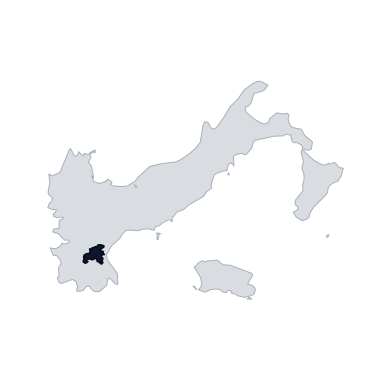 Alessandria on a map of Italy (orthographic projection), rotated 284°
{"feature_id": "ITA-5439", "entity_name": "Alessandria", "entity_type": "Province", "adm_level": 1, "iso_a3": "ITA", "parent_name": "Italy", "parent_adm1": "", "projection": "orthographic", "projection_center": [8.655, 44.843], "detail": "fine", "context": "in_parent", "style": "filled", "palette": "ink", "viewbox_px": 384, "rotation_deg": 284, "n_neighbors": 0, "source": "natural_earth", "source_scale": "10m", "svg_char_len": 6418}
<svg xmlns="http://www.w3.org/2000/svg" viewBox="0 0 384 384"><g transform="rotate(284 192 192)"><path d="M76.2,82.1L78.2,83.4L86.2,80.8L91.0,82.4L95.0,79.8L97.6,75.8L97.0,72.7L103.3,67.9L104.0,73.5L107.5,77.2L110.9,78.2L110.2,80.4L113.6,85.0L114.9,84.6L115.4,83.8L114.5,79.9L119.3,72.3L119.4,67.1L120.2,66.5L122.6,66.8L124.6,71.7L132.4,70.1L135.2,73.7L136.5,73.0L134.3,66.7L135.2,63.4L137.2,62.8L138.7,64.3L141.8,64.7L141.9,62.7L141.1,61.5L142.0,55.9L146.5,56.3L149.2,58.2L152.3,58.1L154.9,53.6L156.9,52.4L167.0,51.8L174.3,48.8L175.0,49.4L173.7,51.5L174.2,52.9L179.0,59.1L204.3,62.9L204.0,64.5L198.9,68.8L198.6,70.4L199.5,71.7L203.6,72.5L201.0,76.5L201.1,77.9L203.3,78.0L203.3,82.7L206.0,83.9L209.3,87.8L206.3,88.7L207.5,87.6L204.2,83.7L201.2,85.6L196.0,84.2L192.8,88.1L181.5,93.4L183.4,91.2L182.5,91.2L178.4,94.2L177.7,99.9L181.2,105.4L183.9,107.2L182.9,110.7L181.4,112.1L179.3,111.2L178.8,114.3L180.3,122.4L182.3,128.0L188.5,134.1L192.9,135.9L206.6,144.9L212.1,155.5L217.2,168.8L221.0,173.7L228.8,180.4L235.9,185.2L242.3,188.0L258.7,186.5L262.9,187.3L263.6,189.5L263.0,191.1L258.4,195.4L258.4,198.4L260.9,200.4L272.5,204.9L284.4,208.5L292.7,213.8L303.3,217.7L311.9,224.7L315.1,228.5L316.0,231.6L314.7,237.4L313.9,239.8L307.9,237.2L302.5,228.3L292.5,227.7L289.4,226.4L287.5,223.7L284.4,223.8L282.4,225.5L277.7,234.9L275.5,242.9L275.6,246.0L277.5,248.8L282.4,250.0L289.1,254.8L289.9,261.6L291.4,265.3L289.9,267.6L286.7,267.4L282.7,269.2L279.9,271.9L278.9,274.4L279.3,282.8L274.0,287.8L269.8,296.7L262.6,297.4L260.6,295.0L260.3,291.1L261.3,288.6L263.9,287.2L265.3,282.1L264.5,278.6L265.4,276.9L271.0,273.9L270.8,268.9L268.5,266.8L265.9,257.9L257.5,240.9L255.0,239.4L248.9,239.4L241.3,235.3L240.7,233.4L241.7,231.4L240.7,229.0L238.2,224.7L236.5,223.7L227.7,226.3L230.0,222.5L226.7,220.4L221.1,220.8L221.1,219.2L216.7,212.3L213.9,209.5L203.7,208.7L200.5,210.1L195.3,205.8L190.6,204.3L178.5,191.8L172.9,188.1L169.2,182.5L162.0,179.0L158.9,180.0L158.1,179.3L159.7,178.1L159.3,175.9L154.4,170.4L151.6,168.7L149.6,165.0L145.7,164.3L145.6,157.7L144.0,153.1L141.4,149.2L139.7,139.8L138.5,137.2L135.7,135.2L129.3,133.0L120.4,127.0L110.0,124.2L105.7,126.3L94.7,139.4L84.4,142.3L84.3,139.6L88.2,133.5L87.5,131.3L81.1,131.9L72.9,126.3L71.8,121.4L74.3,116.8L75.7,115.7L75.0,112.6L70.0,109.9L68.1,105.8L68.0,104.4L69.3,103.7L72.2,104.0L76.9,101.2L78.3,97.3L71.6,87.1L71.9,85.1L76.2,82.1ZM184.5,136.9L184.8,134.4L182.7,136.1L183.4,137.2L184.5,136.9ZM259.9,288.6L252.2,302.6L249.8,311.8L250.5,315.2L253.1,317.5L252.0,318.5L254.9,322.6L255.0,323.7L251.4,328.8L251.6,333.0L244.1,332.9L237.9,331.0L234.6,326.4L232.1,324.5L229.4,323.1L224.2,323.6L221.8,322.7L207.4,314.1L201.9,311.9L195.6,311.5L193.0,309.6L190.8,305.5L193.0,299.0L196.9,295.2L200.8,299.1L203.9,297.6L204.0,296.3L206.2,294.5L209.1,294.3L220.2,299.5L225.9,297.5L231.1,297.8L235.8,296.6L241.8,292.8L248.9,292.7L256.9,288.2L259.9,288.6ZM128.3,222.5L132.1,233.1L128.8,239.6L130.2,246.5L127.4,270.1L125.7,270.9L116.4,268.2L115.7,273.6L114.5,275.8L112.7,277.2L107.6,276.9L102.7,269.1L102.3,261.5L103.3,259.2L103.4,254.8L105.3,254.6L105.5,251.6L104.4,250.0L102.5,249.4L102.5,246.1L103.9,243.5L103.9,239.0L101.4,233.2L98.0,229.0L98.7,221.8L101.6,223.6L106.0,223.5L111.3,220.8L119.8,212.2L120.9,213.7L124.6,215.1L128.0,218.8L126.7,221.2L128.3,222.5ZM143.3,167.4L144.1,169.1L143.9,171.4L142.1,170.1L138.0,170.7L137.5,169.5L142.6,168.4L143.3,167.4ZM104.0,273.0L102.7,275.7L101.4,272.1L101.6,271.6L104.0,273.0ZM101.3,216.6L99.3,219.5L98.4,219.4L100.8,216.0L101.3,216.6ZM183.5,335.2L181.0,334.7L180.8,333.3L182.8,333.5L183.5,335.2ZM219.5,223.0L217.6,223.9L217.6,222.5L219.5,223.0Z" fill="#d9dde1" stroke="#a8b0b8" stroke-width="1"/><path d="M102.9,102.5L104.7,102.6L104.8,103.1L105.1,103.3L105.4,103.3L105.9,103.6L106.0,103.8L106.2,104.3L106.9,105.1L107.3,106.5L107.6,107.0L108.1,107.5L108.3,107.3L108.6,107.3L108.9,107.5L109.7,107.5L110.1,107.4L111.3,106.7L111.6,106.5L112.2,106.6L112.2,106.8L112.1,107.5L112.1,107.8L112.2,108.0L112.3,108.1L112.6,108.4L112.8,108.5L113.4,108.5L113.6,108.6L113.8,108.7L113.9,108.8L114.0,109.0L114.0,109.3L114.0,109.5L114.0,109.8L114.1,110.0L114.5,110.4L115.6,111.4L115.6,111.5L115.6,111.8L115.6,112.0L115.5,112.3L115.6,112.5L115.8,112.7L116.1,113.0L116.3,113.1L116.9,113.2L117.4,113.3L117.5,113.3L117.7,113.5L117.8,113.6L118.0,114.1L118.3,115.2L118.5,115.4L118.5,115.5L118.7,115.9L118.6,117.0L118.6,118.9L118.6,119.3L118.4,119.5L118.2,119.6L117.7,119.8L117.3,119.7L117.0,119.6L116.9,119.6L116.8,119.4L116.7,119.3L116.7,119.2L116.6,118.9L116.4,118.7L115.4,118.4L115.2,118.1L114.9,117.8L114.6,117.6L114.3,117.4L114.1,117.4L113.8,117.0L113.7,116.9L113.1,117.0L112.9,117.1L112.8,117.5L112.5,117.9L112.2,118.2L112.1,118.3L112.2,118.5L112.5,118.6L112.7,118.8L112.8,118.9L112.8,119.0L112.8,119.5L112.8,119.8L112.8,120.0L112.7,120.2L112.6,120.4L112.0,120.3L111.6,120.3L111.3,120.4L111.2,120.4L111.1,120.5L111.0,120.9L111.0,121.0L110.9,121.2L110.5,121.5L110.4,121.7L110.2,122.0L110.0,121.9L110.0,121.7L110.0,121.4L110.0,121.2L109.8,121.0L109.7,120.9L109.6,120.6L109.4,120.4L109.3,120.2L109.2,120.0L109.2,119.9L108.9,119.8L107.3,119.6L107.1,119.6L106.9,119.7L106.8,119.8L106.8,120.0L106.7,120.1L106.6,120.3L106.7,120.5L106.7,120.8L106.6,121.0L106.3,121.4L106.0,121.6L104.2,121.6L103.7,121.6L103.3,121.7L103.2,121.7L102.9,121.6L102.5,121.9L102.4,122.0L102.3,122.3L102.2,122.4L101.9,122.6L101.7,122.6L101.6,122.4L101.4,122.3L101.0,122.1L100.9,122.1L100.7,122.0L100.6,121.8L100.2,121.6L100.1,121.4L100.3,121.1L100.5,120.7L100.6,120.4L101.3,120.4L101.7,120.2L101.9,119.9L101.8,119.5L101.6,119.5L101.2,119.5L101.1,119.4L101.1,119.1L101.1,118.9L101.3,118.7L101.5,118.6L101.7,118.4L101.9,117.8L101.8,117.2L101.7,116.8L102.0,116.7L102.6,116.8L102.9,116.7L103.1,116.5L103.2,116.2L103.2,115.8L103.2,115.6L104.3,115.1L104.7,114.6L104.7,113.9L104.5,113.6L103.8,113.5L103.3,113.3L103.2,113.2L103.3,112.8L103.3,112.6L103.2,112.5L102.7,112.5L102.4,112.3L102.2,111.9L102.0,110.6L102.0,110.4L102.3,110.1L102.5,109.2L102.4,108.7L102.0,108.5L101.8,108.2L101.8,107.9L101.8,107.5L101.8,107.2L101.6,106.9L101.1,106.5L100.9,106.1L99.6,106.6L99.5,106.9L99.5,107.3L99.3,107.7L98.7,107.1L98.1,107.1L97.7,106.7L97.4,106.2L97.3,105.6L97.2,105.5L97.1,105.4L97.1,105.1L97.5,104.7L97.6,104.3L97.7,103.7L97.9,103.4L98.1,103.5L98.3,103.7L98.8,103.2L99.1,103.5L99.3,103.5L100.2,103.2L101.5,103.4L102.0,102.9L102.2,102.7L102.9,102.5Z" fill="#0f172a" stroke="#020617" stroke-width="1.5"/></g></svg>